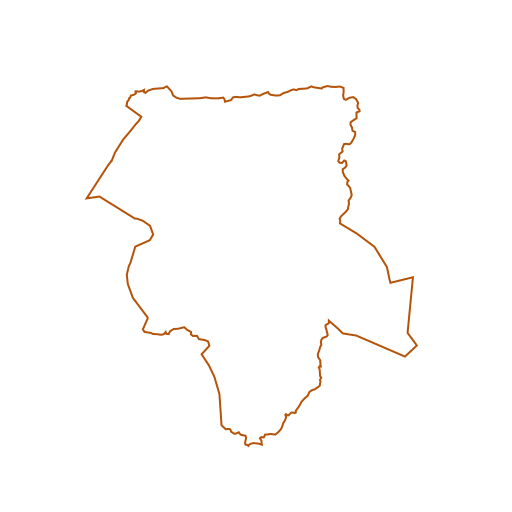 the district of Kwaya Kusar, Borno, Nigeria, rotated 195°
{"feature_id": "59680162B43497988326934", "entity_name": "Kwaya Kusar", "entity_type": "district", "adm_level": 2, "iso_a3": "NGA", "parent_name": "Nigeria", "parent_adm1": "Borno", "projection": "orthographic", "projection_center": [11.874, 10.484], "detail": "fine", "context": "isolated", "style": "outline", "palette": "amber", "viewbox_px": 512, "rotation_deg": 195, "n_neighbors": 0, "source": "geoboundaries", "source_scale": "gbopen_adm2", "svg_char_len": 3952}
<svg xmlns="http://www.w3.org/2000/svg" viewBox="0 0 512 512"><g transform="rotate(195 256 256)"><path d="M214.2,70.6L213.9,71.8L212.6,73.2L210.0,74.6L205.6,75.4L201.5,75.3L202.2,76.7L202.7,78.5L203.4,79.5L205.0,80.9L204.0,82.5L201.7,82.7L201.2,83.7L201.2,85.6L199.8,86.3L198.1,86.8L196.3,87.8L194.5,88.0L192.9,88.3L191.1,88.5L189.6,90.6L188.4,92.5L187.0,95.4L186.5,98.6L186.5,101.4L185.7,103.8L185.3,105.9L185.2,108.0L186.5,110.1L186.1,111.0L184.4,110.2L183.3,110.5L182.3,112.4L181.2,114.0L179.5,114.4L177.8,114.4L177.0,115.2L177.6,116.7L176.7,118.9L175.7,121.4L174.9,124.3L174.3,127.0L173.5,128.5L172.1,131.3L171.0,132.7L169.8,134.5L169.5,136.5L169.3,138.3L168.2,139.8L166.9,141.1L165.0,142.2L163.5,143.9L162.5,145.0L161.6,146.1L160.8,147.4L161.1,148.8L161.2,150.7L161.3,151.8L162.0,152.4L162.0,153.6L161.5,155.4L163.0,156.6L165.1,162.8L166.5,164.7L166.1,165.7L164.8,165.9L165.0,166.5L165.7,167.3L165.9,169.1L166.6,170.1L166.6,171.3L167.3,172.2L168.4,173.1L170.0,174.6L170.9,177.3L170.5,181.3L170.5,184.8L169.9,187.0L170.9,189.1L171.2,191.8L170.4,194.0L168.6,195.4L167.2,196.2L166.3,197.9L166.8,199.3L167.7,200.8L168.4,202.0L168.8,202.9L169.4,203.8L170.3,205.1L170.9,207.1L169.9,208.3L168.3,209.8L168.9,212.4L158.1,207.1L152.1,203.7L138.5,205.1L86.1,197.4L77.5,211.2L89.7,221.0L98.9,276.1L119.2,264.9L120.6,267.2L126.6,279.1L143.9,295.5L164.3,303.7L183.3,309.2L183.6,311.3L184.9,313.8L184.2,316.2L181.8,320.2L180.6,322.1L179.3,325.3L179.6,326.7L179.7,330.4L180.9,333.6L179.8,336.3L179.3,339.6L181.0,342.9L182.7,346.2L186.5,348.7L186.9,351.0L186.2,352.8L188.2,353.9L191.5,356.4L193.9,359.6L194.7,362.3L192.7,364.6L191.9,366.9L193.7,370.8L195.5,371.1L197.0,368.1L199.7,367.8L201.1,369.0L201.0,372.7L202.0,375.6L201.0,377.2L199.4,379.3L200.6,382.1L199.9,386.9L197.9,387.7L194.8,388.0L193.4,389.8L192.0,394.8L191.5,398.8L192.3,401.4L195.2,402.0L196.6,405.0L198.8,407.4L199.2,409.8L196.9,412.5L194.5,415.1L196.1,420.6L193.4,422.6L194.0,424.1L196.1,425.3L196.9,427.3L197.0,430.3L200.0,433.5L203.3,434.6L206.7,433.0L209.6,430.1L211.9,430.6L213.5,433.8L213.7,436.6L214.9,441.0L218.9,441.4L222.8,439.9L227.1,438.9L230.9,438.7L235.2,436.2L235.9,434.8L243.9,433.9L246.5,434.1L250.0,431.1L253.1,430.0L258.0,428.4L259.8,426.7L263.0,426.6L265.4,424.9L268.0,422.6L271.4,420.7L274.5,417.4L278.5,416.1L283.4,415.5L285.6,416.2L286.8,417.5L291.5,414.1L293.9,411.8L297.2,411.5L299.4,411.7L302.0,409.6L304.6,408.1L310.0,406.1L311.7,405.4L311.8,405.3L317.4,404.3L319.4,403.1L320.5,400.1L325.9,397.0L326.9,399.1L328.6,400.5L333.6,398.4L340.4,396.7L345.7,396.2L350.5,394.1L355.9,392.4L364.6,389.8L369.8,388.2L373.8,388.3L377.6,389.6L380.4,393.3L386.0,396.8L388.9,394.2L398.6,390.8L402.8,388.0L405.1,384.9L406.8,385.4L407.2,387.4L408.9,385.8L411.9,384.4L413.9,384.2L415.0,383.9L414.9,383.3L414.2,382.9L414.2,381.9L415.0,380.8L416.2,379.8L418.4,378.6L418.5,377.4L418.5,376.4L419.4,375.6L419.3,374.5L419.5,373.4L420.3,371.8L420.2,370.3L419.9,369.1L420.2,367.5L402.8,360.8L404.3,355.8L406.5,351.7L409.2,345.3L414.5,334.0L419.0,319.4L420.0,310.7L420.3,310.6L420.3,310.0L420.6,309.8L420.7,309.3L422.3,305.5L434.5,267.8L422.6,272.9L382.7,260.8L380.8,261.3L374.4,260.7L366.1,257.7L360.9,250.1L362.7,243.8L375.0,233.8L375.6,216.0L376.2,213.6L376.0,204.6L372.6,195.8L364.2,183.8L344.9,168.7L344.5,167.4L346.3,155.9L344.1,153.8L337.9,154.5L335.2,154.0L331.3,154.9L327.5,155.3L324.9,156.5L323.6,159.2L322.5,157.6L320.2,157.9L319.6,160.9L318.2,162.5L316.6,164.2L312.8,165.4L306.8,168.6L303.3,166.8L299.0,165.8L298.6,163.5L296.2,162.4L292.4,163.6L289.5,160.9L283.7,161.6L280.1,161.0L277.8,157.2L283.1,147.0L273.2,138.2L265.0,128.6L255.6,113.2L245.5,83.6L242.4,81.9L241.5,81.4L240.4,80.8L239.6,81.1L239.1,81.4L237.3,81.9L236.5,82.0L235.2,81.0L234.7,79.9L233.2,79.4L231.1,78.7L229.6,79.2L228.2,80.3L227.0,81.3L225.9,80.3L224.4,79.4L221.6,79.5L219.7,79.7L218.6,78.0L218.4,76.4L218.3,74.0L218.1,72.2L217.2,71.0L215.9,71.3L214.2,70.6Z" fill="none" stroke="#b45309" stroke-width="2"/></g></svg>